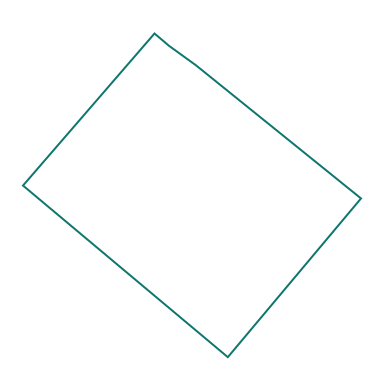 Upton, Texas, United States of America, rotated 130°
{"feature_id": "52423323B39686210449423", "entity_name": "Upton", "entity_type": "district", "adm_level": 2, "iso_a3": "USA", "parent_name": "United States of America", "parent_adm1": "Texas", "projection": "natural_earth1", "projection_center": [-102.169, 31.366], "detail": "fine", "context": "isolated", "style": "outline", "palette": "teal", "viewbox_px": 384, "rotation_deg": 130, "n_neighbors": 0, "source": "geoboundaries", "source_scale": "gbopen_adm2", "svg_char_len": 254}
<svg xmlns="http://www.w3.org/2000/svg" viewBox="0 0 384 384"><g transform="rotate(130 192 192)"><path d="M100.1,58.4L88.3,58.4L92.4,270.3L94.8,303.4L94.7,322.6L295.7,325.6L295.5,58.4L100.1,58.4Z" fill="none" stroke="#0f766e" stroke-width="2"/></g></svg>